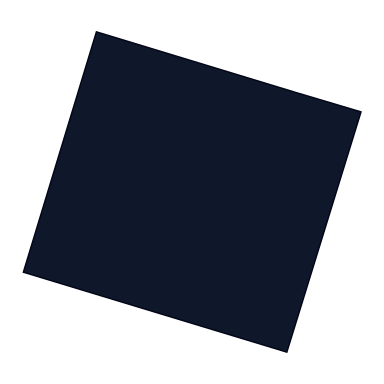 Cherokee, Iowa, United States of America, rotated 197°
{"feature_id": "52423323B93733047686760", "entity_name": "Cherokee", "entity_type": "district", "adm_level": 2, "iso_a3": "USA", "parent_name": "United States of America", "parent_adm1": "Iowa", "projection": "robinson", "projection_center": [-95.604, 42.735], "detail": "fine", "context": "isolated", "style": "filled", "palette": "ink", "viewbox_px": 384, "rotation_deg": 197, "n_neighbors": 0, "source": "geoboundaries", "source_scale": "gbopen_adm2", "svg_char_len": 238}
<svg xmlns="http://www.w3.org/2000/svg" viewBox="0 0 384 384"><g transform="rotate(197 192 192)"><path d="M329.8,66.0L54.5,66.6L53.8,318.0L123.1,317.5L330.2,317.2L329.8,66.0Z" fill="#0f172a" stroke="#020617" stroke-width="1.5"/></g></svg>